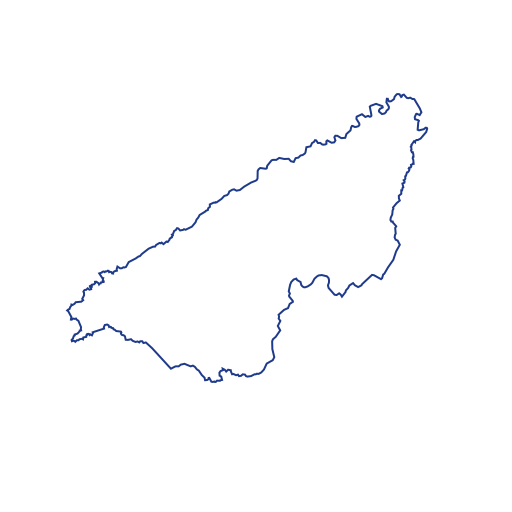 outline of San Sai, Chiang Mai, Thailand, rotated 73°
{"feature_id": "78962969B96065605471256", "entity_name": "San Sai", "entity_type": "district", "adm_level": 2, "iso_a3": "THA", "parent_name": "Thailand", "parent_adm1": "Chiang Mai", "projection": "mercator", "projection_center": [99.037, 18.947], "detail": "fine", "context": "isolated", "style": "outline", "palette": "blue", "viewbox_px": 512, "rotation_deg": 73, "n_neighbors": 0, "source": "geoboundaries", "source_scale": "gbopen_adm2", "svg_char_len": 6069}
<svg xmlns="http://www.w3.org/2000/svg" viewBox="0 0 512 512"><g transform="rotate(73 256 256)"><path d="M310.5,138.5L305.4,133.0L299.8,125.8L292.6,120.7L287.3,115.2L282.7,116.0L281.2,117.7L278.7,118.0L276.2,116.7L275.6,115.9L269.9,114.7L268.6,113.2L264.2,115.2L263.0,115.2L262.7,116.5L260.8,116.9L258.7,115.9L256.2,113.6L252.3,112.0L251.1,110.8L249.7,110.8L246.6,106.1L245.0,102.3L242.7,102.5L240.2,101.8L239.0,98.9L236.1,98.0L236.4,97.7L235.8,97.0L233.6,95.8L233.3,95.0L229.5,94.8L229.3,92.7L228.4,92.2L226.7,92.6L226.5,91.4L225.7,90.6L223.4,90.0L223.2,89.2L220.2,87.2L220.3,86.2L219.1,84.6L217.9,83.9L217.0,84.4L216.3,83.7L216.5,82.1L215.7,81.3L214.1,81.1L214.0,79.4L213.6,79.1L213.9,78.3L210.1,77.5L208.4,77.6L207.2,77.0L207.2,76.4L204.8,75.8L202.6,75.7L202.4,76.6L200.1,76.8L199.7,76.2L197.2,75.7L196.8,76.0L195.9,74.9L195.3,75.0L192.5,71.4L193.7,70.6L192.5,70.1L192.0,68.6L192.4,67.4L191.8,64.2L187.2,57.0L184.3,55.1L183.4,55.2L182.9,56.3L183.8,58.5L183.5,63.4L182.5,64.5L175.5,61.7L174.4,60.7L173.5,61.2L171.7,63.9L169.6,63.6L167.0,61.3L167.0,60.6L169.1,58.3L166.9,55.8L162.8,56.2L152.6,58.7L152.0,59.1L151.6,60.5L149.7,62.2L149.6,64.3L148.8,65.6L144.9,67.4L144.9,69.0L146.2,70.0L146.4,70.7L143.3,71.5L142.6,72.9L142.5,74.2L144.2,76.8L146.3,78.2L147.5,81.5L147.1,83.5L146.2,84.0L144.2,84.0L143.9,84.9L147.2,86.4L151.9,85.3L153.3,85.6L154.4,86.6L155.1,88.5L156.5,89.8L157.3,91.4L157.1,94.0L153.9,96.1L152.8,95.9L151.5,94.4L151.0,91.4L149.7,91.3L145.6,96.7L145.9,102.3L146.4,103.5L154.6,104.4L155.7,104.7L156.2,105.6L156.0,106.7L154.8,107.8L155.0,110.8L151.4,113.2L152.2,119.0L154.2,119.9L159.4,118.5L160.9,118.8L161.8,120.1L161.8,122.6L161.5,123.8L159.9,125.5L159.7,126.2L160.8,127.4L163.5,128.9L165.8,133.9L169.1,136.1L168.2,140.0L164.8,143.1L164.2,145.0L165.3,146.3L168.8,146.3L170.2,148.0L169.8,150.6L166.3,154.0L166.9,155.2L169.3,155.8L169.6,157.1L169.2,159.2L168.6,160.2L166.7,161.4L166.0,163.8L163.1,164.6L162.5,165.7L163.8,167.1L164.4,169.4L167.1,171.8L166.7,176.0L171.4,178.4L172.2,179.2L173.1,181.8L172.9,184.0L174.3,186.7L174.0,189.5L177.1,192.4L175.6,194.9L172.6,196.3L171.5,200.6L169.0,205.1L170.0,208.4L169.0,211.9L169.1,213.2L173.0,218.9L175.3,220.1L175.4,221.2L173.1,226.2L173.8,228.1L175.1,229.5L182.1,231.8L183.3,232.7L183.9,234.2L184.3,239.1L186.2,247.0L188.2,252.2L187.8,255.6L185.8,257.5L185.7,259.4L186.5,262.7L188.3,264.0L189.3,265.8L189.3,268.8L191.3,272.2L193.2,278.1L192.7,279.0L193.1,279.4L192.6,280.9L193.2,285.1L195.5,285.7L196.4,287.8L198.0,288.6L198.1,290.8L198.6,291.3L200.3,297.9L202.4,300.0L203.7,302.1L206.1,304.0L209.2,308.7L210.3,315.7L209.3,317.0L209.7,318.1L209.4,321.1L207.0,322.2L206.3,323.4L207.8,325.2L208.1,326.9L211.0,329.2L211.0,330.0L212.1,329.6L212.8,330.9L213.6,331.0L214.1,333.4L215.0,333.8L216.8,336.3L216.0,337.4L217.6,341.0L215.6,342.3L216.0,343.4L215.3,344.4L216.2,348.2L217.5,349.8L217.0,351.7L217.6,356.5L220.6,364.4L222.2,367.1L222.1,368.5L223.2,371.8L224.6,379.5L228.5,383.6L228.5,385.4L228.0,386.1L228.5,387.9L228.1,389.5L225.6,391.6L228.0,393.2L229.4,393.3L229.2,395.7L230.0,397.5L231.0,397.8L230.6,398.7L229.1,399.0L228.4,400.3L228.5,401.2L227.1,401.3L226.7,402.0L227.1,403.4L226.7,404.5L227.2,405.4L226.3,406.2L226.2,407.6L226.8,408.3L226.8,411.0L232.2,409.4L232.5,408.6L234.6,409.7L235.6,409.0L236.3,409.3L235.9,411.9L236.8,412.6L236.6,413.7L237.2,414.4L236.1,414.5L233.9,416.2L233.6,417.5L235.1,417.8L235.7,419.3L235.5,421.3L237.0,421.9L236.0,422.7L236.2,423.7L237.0,423.8L237.7,423.1L239.5,423.3L239.5,425.2L237.7,426.4L238.7,428.3L238.4,429.6L238.8,430.6L239.7,431.5L240.8,431.2L243.3,431.9L246.2,434.7L247.7,434.2L248.6,436.4L247.5,442.0L248.6,443.4L249.2,445.8L248.5,446.7L249.6,447.2L250.3,448.4L252.2,449.9L252.3,451.3L252.9,452.5L253.9,451.7L260.3,450.4L262.7,451.6L263.0,450.8L262.3,449.3L263.1,447.9L263.2,446.4L264.3,446.2L266.0,444.8L272.9,444.1L274.7,444.9L276.0,445.0L275.8,446.3L276.3,446.4L278.0,449.4L278.1,452.4L279.0,452.6L279.3,453.7L281.4,455.2L282.4,456.9L283.7,456.9L283.6,455.6L284.4,454.2L285.2,453.9L284.2,451.8L284.7,450.4L284.0,449.2L284.3,446.5L285.1,445.8L283.4,444.9L283.7,442.0L282.2,441.4L282.1,440.6L281.4,440.5L281.3,439.3L281.7,438.7L282.9,438.2L282.4,437.5L283.9,436.1L282.2,434.6L281.2,434.5L281.0,422.5L279.7,422.4L277.8,420.8L278.0,418.4L279.1,417.3L281.0,417.2L280.9,416.4L281.7,415.3L282.4,415.3L283.3,413.7L284.5,413.7L285.1,412.7L286.9,411.6L288.8,407.3L289.7,407.1L290.5,407.8L291.6,407.7L292.5,407.1L293.0,405.8L294.5,404.8L298.0,405.1L298.8,403.0L299.0,399.9L301.1,398.7L303.0,396.3L303.1,394.3L304.5,392.9L303.7,391.7L304.3,389.7L306.3,389.1L306.5,386.6L313.8,382.3L338.9,370.3L338.0,365.3L338.9,362.2L337.9,359.6L338.2,355.9L342.4,350.8L342.4,348.4L344.1,346.9L347.1,345.7L348.9,344.2L354.1,342.6L357.3,340.8L359.9,341.0L360.3,338.9L359.8,337.3L358.8,336.9L358.9,336.3L363.2,335.4L363.8,334.2L363.9,332.4L364.5,332.1L364.6,331.2L363.8,329.7L364.8,327.0L364.4,326.5L364.6,324.7L361.1,324.5L359.8,325.8L356.9,325.1L355.7,323.6L355.5,321.0L354.0,320.8L355.7,319.1L357.8,318.3L356.6,315.9L357.9,313.5L358.9,313.8L362.1,313.4L362.2,312.1L364.2,309.9L364.2,307.9L365.9,307.4L366.2,305.3L365.3,303.3L366.2,301.2L367.9,300.7L368.8,299.5L369.4,295.8L368.7,292.0L369.1,290.8L368.8,289.8L369.5,287.9L368.9,285.0L366.9,281.6L362.0,277.2L360.5,270.4L358.1,268.1L349.9,267.6L342.3,265.5L340.6,264.2L339.1,260.8L334.2,254.6L329.3,255.6L325.2,251.7L322.5,252.6L320.6,251.6L318.8,251.6L315.7,244.9L315.2,240.6L311.7,237.8L310.6,234.1L309.6,234.0L304.5,236.1L303.5,236.0L301.8,234.6L299.4,235.0L293.5,231.8L291.2,229.9L289.5,226.9L289.4,224.1L291.1,223.7L293.9,221.0L296.8,221.2L298.4,220.6L299.7,219.6L300.3,218.3L300.2,215.5L299.2,212.0L298.2,210.1L294.8,206.7L293.3,203.5L292.9,201.7L293.5,198.6L296.1,194.2L298.3,193.1L300.4,193.2L302.7,194.0L305.2,195.8L307.8,195.9L316.0,192.2L316.9,190.3L316.0,187.4L317.6,186.3L320.0,185.7L316.6,180.9L315.2,180.1L313.5,177.2L311.5,175.3L310.3,171.1L312.9,170.0L315.6,167.4L314.9,163.8L313.9,162.7L308.0,150.6L308.8,148.9L314.7,143.2L314.1,141.9L310.9,139.8L310.5,138.5Z" fill="none" stroke="#1e3a8a" stroke-width="2"/></g></svg>